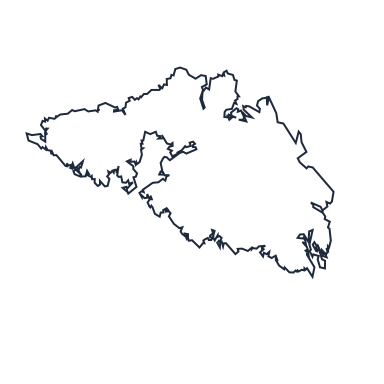 the district of Sveio nor, Hordaland, Norway, rotated 247°
{"feature_id": "86288312B67781995425218", "entity_name": "Sveio nor", "entity_type": "district", "adm_level": 2, "iso_a3": "NOR", "parent_name": "Norway", "parent_adm1": "Hordaland", "projection": "natural_earth1", "projection_center": [5.405, 59.605], "detail": "fine", "context": "isolated", "style": "outline", "palette": "slate", "viewbox_px": 384, "rotation_deg": 247, "n_neighbors": 0, "source": "geoboundaries", "source_scale": "gbopen_adm2", "svg_char_len": 6043}
<svg xmlns="http://www.w3.org/2000/svg" viewBox="0 0 384 384"><g transform="rotate(247 192 192)"><path d="M202.7,314.7L205.9,313.8L196.6,306.7L219.3,302.9L222.7,298.1L231.7,300.4L249.6,299.8L249.9,298.4L247.3,298.6L242.4,295.0L249.6,297.7L250.7,293.2L249.8,288.4L246.2,285.6L242.0,287.0L239.2,285.2L248.3,278.3L250.1,275.5L249.0,274.5L251.0,272.7L247.6,271.8L237.2,276.3L240.9,271.4L246.0,269.6L235.7,269.6L240.3,263.3L238.5,267.2L240.5,269.2L247.8,269.0L248.0,265.5L250.0,266.9L251.7,265.7L249.8,258.9L246.7,258.2L243.2,261.7L245.3,258.9L243.9,254.6L246.7,254.5L245.1,255.5L247.1,257.3L249.0,256.0L246.9,253.9L248.4,251.1L252.9,253.3L254.3,255.7L252.9,261.2L257.6,265.6L255.8,267.3L259.4,267.4L259.7,270.1L262.2,271.3L261.7,272.6L267.6,271.2L277.0,276.8L278.6,274.9L283.7,275.4L287.2,271.2L290.1,271.2L289.7,267.9L286.8,267.2L288.2,266.3L286.8,265.1L289.8,262.0L288.0,261.4L288.0,255.5L289.4,253.7L279.7,247.8L282.7,245.7L279.6,240.6L272.8,237.2L264.8,236.7L264.2,235.1L274.9,236.1L281.6,242.0L284.8,242.1L285.3,247.6L293.4,249.9L296.0,246.0L294.9,239.6L301.2,234.9L306.8,234.5L311.2,229.7L311.7,224.7L306.5,220.6L307.8,218.8L305.1,216.6L305.9,212.9L300.3,210.7L302.0,208.3L299.2,205.2L303.7,202.9L299.3,203.2L298.7,201.8L301.8,194.5L299.8,189.2L301.0,185.9L299.1,182.2L300.1,181.7L298.2,179.0L299.9,177.9L299.2,175.4L302.9,174.1L303.2,170.4L300.3,170.3L300.0,166.2L296.0,163.9L295.7,160.9L288.9,160.9L294.6,159.5L296.5,151.6L297.6,152.1L296.6,156.3L299.6,156.3L299.7,154.3L307.8,147.1L308.1,139.8L305.0,137.9L303.4,138.8L304.3,137.4L302.8,136.5L304.8,135.2L306.7,128.0L310.3,125.4L312.2,115.5L314.3,113.7L312.6,108.3L314.8,101.0L314.1,97.3L315.5,96.0L313.9,96.5L313.1,94.0L316.2,89.4L314.1,87.0L317.1,85.3L314.2,84.3L315.8,82.3L312.6,79.1L306.0,80.9L307.4,82.5L306.8,83.8L305.2,80.7L301.5,81.1L303.7,79.9L295.7,76.6L300.1,73.7L302.2,74.3L301.7,76.1L304.6,75.2L306.9,66.9L310.5,62.7L303.3,61.6L296.3,68.6L290.9,70.2L291.7,72.0L288.3,73.9L290.3,75.1L287.0,75.4L285.2,78.1L281.6,77.3L283.5,78.9L279.9,79.0L278.9,81.6L265.3,85.8L264.4,87.2L267.3,88.0L264.8,88.5L264.2,91.4L261.7,89.4L260.4,90.7L263.5,92.0L263.8,92.6L264.6,92.9L265.1,93.4L261.4,93.1L261.8,91.8L259.3,93.2L263.0,103.6L257.9,99.4L258.8,98.5L257.5,97.0L258.9,95.9L252.7,96.2L257.9,93.8L257.7,91.0L254.3,90.9L250.1,95.0L252.5,96.9L249.4,96.3L248.0,100.3L252.5,103.7L248.7,104.2L249.0,102.0L245.6,104.6L246.0,106.0L242.8,105.0L242.0,107.5L238.5,106.0L234.3,107.7L234.9,110.3L238.2,111.6L231.2,114.0L230.6,116.7L236.3,121.1L239.5,120.0L240.7,122.5L243.6,123.0L241.4,124.5L242.7,126.9L240.4,127.5L242.7,129.0L242.2,130.8L238.8,130.2L244.6,134.6L236.5,129.6L234.5,130.4L234.0,132.9L228.1,131.7L226.3,134.8L227.7,137.8L224.1,137.3L224.0,141.4L220.4,133.4L222.4,133.6L222.9,129.8L218.4,132.0L219.2,132.8L215.4,132.7L218.4,142.9L228.4,143.9L228.0,146.2L230.7,148.7L236.1,146.9L238.5,148.1L245.6,144.1L245.7,148.1L243.9,147.1L242.5,150.9L239.4,150.9L241.1,152.4L239.2,152.3L240.0,155.4L245.8,160.4L250.8,161.6L251.4,164.0L252.2,162.6L256.4,163.7L255.8,165.3L259.1,165.7L258.5,167.3L265.7,172.4L261.6,176.2L261.6,182.2L257.4,181.9L255.6,185.1L254.3,182.0L252.8,186.2L253.9,186.8L246.4,187.9L244.1,190.9L244.7,193.2L242.0,192.2L242.5,188.8L241.1,186.6L237.9,189.6L237.0,187.4L232.5,187.8L232.8,194.0L234.0,194.0L234.4,198.8L236.9,203.6L235.6,204.0L234.9,208.8L238.3,209.1L237.9,212.6L235.2,213.6L234.7,211.0L233.1,210.4L231.8,212.8L229.6,212.8L229.6,201.8L232.4,199.6L232.8,196.2L229.9,184.0L233.8,182.3L235.1,180.4L234.4,178.8L231.0,174.5L221.8,172.6L223.1,171.1L220.9,168.7L219.2,172.3L220.7,173.1L218.0,173.4L216.4,177.7L216.2,174.5L212.9,171.9L215.5,170.4L214.1,164.9L215.8,159.4L213.3,147.7L210.8,147.5L212.4,146.0L211.7,143.3L206.7,143.8L208.1,144.6L204.9,145.9L204.3,148.4L207.5,150.0L203.2,150.1L203.9,152.3L201.0,152.2L201.8,150.3L199.8,147.1L195.3,147.1L194.1,147.6L195.3,149.2L193.5,149.7L186.4,149.3L181.9,152.6L185.3,155.2L184.3,157.7L186.6,158.4L187.0,162.3L185.3,162.8L185.0,160.5L184.1,160.3L183.4,163.2L180.8,163.9L178.6,161.2L169.7,162.9L163.6,166.3L163.3,169.3L160.2,166.2L157.6,166.4L155.1,167.8L156.7,168.9L154.8,171.8L153.0,171.1L154.3,168.7L151.1,168.9L152.9,170.6L148.4,170.0L147.6,173.2L138.0,177.2L140.7,182.3L140.0,183.4L142.9,183.5L143.4,185.8L143.5,188.6L141.2,188.7L140.3,191.0L142.1,193.5L143.1,191.0L144.8,191.6L145.7,195.3L149.2,195.6L147.4,197.6L142.4,193.7L138.6,194.0L142.2,198.8L140.6,198.2L140.7,200.1L138.2,201.3L135.4,198.4L136.6,197.8L135.4,195.4L130.2,196.0L134.2,198.0L134.6,199.9L129.7,199.3L132.3,201.2L131.5,203.3L117.9,207.7L119.1,211.5L121.8,211.8L120.3,215.9L115.9,220.4L117.3,225.1L116.0,224.6L116.7,226.0L114.6,229.3L115.8,232.2L113.9,238.5L113.6,234.7L111.6,234.0L112.2,235.0L111.3,235.6L109.9,231.0L104.9,232.2L107.9,234.4L105.6,236.5L106.7,239.7L103.0,237.2L100.1,239.5L100.7,244.2L94.8,243.8L97.7,243.1L96.7,242.6L90.3,243.4L84.9,246.6L86.4,247.8L80.0,250.3L78.2,254.0L79.2,256.6L77.8,257.4L78.6,258.5L77.2,258.9L77.5,262.5L76.0,264.7L77.9,265.7L76.1,266.4L76.9,268.1L66.9,269.8L74.9,275.3L89.3,273.3L90.8,273.9L87.7,274.0L87.3,274.4L91.6,275.3L93.4,274.4L92.9,273.9L93.7,273.7L93.7,276.0L96.4,276.3L102.9,274.1L99.1,276.4L103.3,277.3L106.5,277.1L105.7,276.2L108.5,271.3L110.7,274.7L109.5,278.3L100.5,279.7L110.0,284.5L109.9,288.2L97.7,279.5L92.4,278.9L91.9,277.2L85.3,277.6L87.2,279.3L83.5,283.6L81.0,281.4L72.7,280.4L69.7,284.5L76.7,287.6L79.3,285.4L88.0,286.3L91.4,284.4L88.7,283.8L89.2,283.2L96.3,282.5L98.0,285.0L93.0,285.8L93.7,286.9L84.4,287.2L87.8,288.9L85.9,289.6L83.1,289.8L84.6,288.2L81.9,287.6L79.3,290.4L83.9,290.6L82.5,291.5L83.5,293.2L87.9,294.0L85.5,294.6L88.9,295.9L87.3,296.4L93.0,300.8L104.4,304.2L106.2,303.3L110.8,307.2L115.2,303.6L117.4,305.1L121.7,304.3L130.7,297.7L132.8,298.7L134.2,297.9L135.6,297.5L136.0,297.2L128.1,304.6L122.8,305.0L124.1,305.2L125.8,311.0L130.3,311.9L127.4,314.5L128.6,317.1L136.9,322.4L167.4,312.7L170.1,309.0L169.0,306.7L177.3,302.8L181.7,302.5L184.2,313.0L195.0,312.3L202.7,314.7ZM249.7,299.8L250.4,299.5L249.6,299.8L249.7,299.8Z" fill="none" stroke="#1e293b" stroke-width="2"/></g></svg>